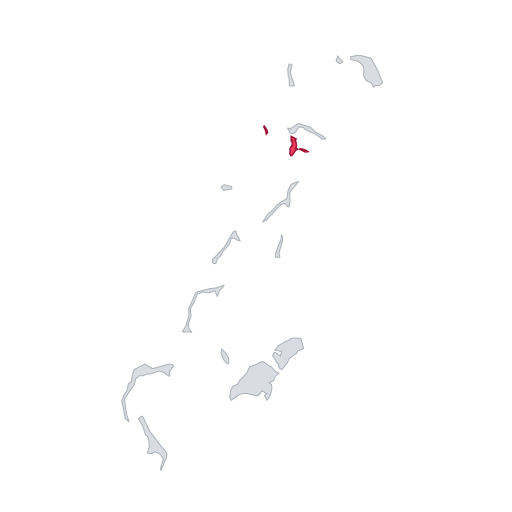 The Bahamas, with Crooked Island and Long Cay highlighted, rotated 250°
{"feature_id": "BHS-5035", "entity_name": "Crooked Island and Long Cay", "entity_type": "District", "adm_level": 1, "iso_a3": "BHS", "parent_name": "The Bahamas", "parent_adm1": "", "projection": "mercator", "projection_center": [-74.169, 22.823], "detail": "fine", "context": "in_parent", "style": "filled", "palette": "rose", "viewbox_px": 512, "rotation_deg": 250, "n_neighbors": 0, "source": "natural_earth", "source_scale": "10m", "svg_char_len": 4172}
<svg xmlns="http://www.w3.org/2000/svg" viewBox="0 0 512 512"><g transform="rotate(250 256 256)"><path d="M154.2,212.3L154.1,219.6L154.7,225.0L154.1,226.9L148.3,230.5L146.8,232.5L141.2,234.5L137.9,237.4L136.2,232.8L132.9,229.9L132.4,225.1L129.9,226.7L126.3,225.7L120.4,222.1L116.7,217.1L121.9,216.2L123.0,219.3L127.1,215.5L126.2,213.5L125.5,213.3L124.1,209.6L130.3,199.8L131.7,193.5L128.8,183.4L131.5,182.7L138.5,186.3L141.6,189.8L141.8,194.6L144.7,198.3L149.0,207.1L154.2,212.3ZM158.9,239.6L159.0,241.0L153.6,244.7L157.5,247.4L161.2,241.6L164.1,246.3L165.7,255.2L165.4,256.7L165.7,258.0L166.3,259.7L166.4,262.2L163.4,269.9L152.7,269.1L152.5,262.6L150.8,261.3L148.3,252.0L145.0,249.0L140.3,241.4L143.0,239.4L146.6,240.1L148.5,239.1L153.5,238.4L156.5,237.4L158.9,239.6ZM410.0,419.4L408.2,423.6L402.5,431.8L389.7,433.8L375.6,434.2L374.5,432.0L374.2,430.0L375.2,427.0L375.1,425.8L374.5,424.5L379.7,423.2L383.1,419.5L388.4,418.8L395.1,421.5L398.7,421.6L404.0,418.6L408.3,412.3L410.8,413.1L410.0,419.4ZM182.3,140.5L181.2,141.1L176.5,135.0L172.7,133.3L178.6,129.0L181.2,125.3L181.1,117.3L182.5,112.9L182.1,109.1L183.4,105.2L181.6,100.8L176.6,97.4L166.8,83.5L151.4,80.2L143.4,80.0L147.8,77.8L151.8,78.1L158.1,79.4L165.6,80.1L170.2,84.1L174.5,89.5L178.5,91.7L180.1,93.1L179.9,94.7L180.6,96.1L185.7,98.6L190.9,102.7L192.5,114.6L185.5,120.3L184.2,137.5L182.3,140.5ZM113.6,90.6L120.2,92.5L123.7,92.3L125.8,91.0L135.5,91.5L143.3,89.7L144.5,93.0L144.3,94.6L127.6,96.2L112.3,100.9L103.9,104.1L100.0,104.5L97.0,102.8L86.9,93.0L89.6,94.0L97.0,99.5L101.7,98.5L106.0,94.9L106.6,92.1L106.0,90.8L107.9,86.5L113.6,90.6ZM213.6,165.6L222.5,172.4L230.1,175.0L238.3,183.4L241.9,186.4L242.5,189.2L241.1,201.7L239.3,209.2L239.6,215.8L237.6,213.8L235.7,209.5L232.5,207.0L231.4,205.7L237.2,205.5L237.7,198.7L240.5,193.3L240.1,187.7L233.3,181.5L228.7,176.1L221.7,174.4L215.1,169.0L211.2,168.3L206.4,169.3L208.1,166.0L209.3,161.8L210.2,161.0L213.6,165.6ZM311.6,319.8L311.3,321.3L304.4,309.5L295.8,306.7L290.9,303.8L291.9,302.2L295.3,301.5L295.9,297.8L294.4,293.7L289.9,285.6L287.4,280.0L286.2,278.7L285.8,274.1L291.2,281.3L293.5,287.7L297.1,293.9L299.5,304.7L306.4,308.4L311.4,313.6L311.6,319.8ZM346.0,359.7L342.2,361.5L343.0,358.5L350.3,353.3L354.4,348.8L356.7,347.2L357.5,345.9L360.7,344.3L362.3,341.4L361.8,339.0L358.5,335.0L358.5,332.3L359.7,330.3L365.3,329.4L363.9,332.4L366.1,340.7L358.6,351.1L352.2,354.3L346.0,359.7ZM286.3,242.6L286.6,245.6L283.0,245.0L277.6,246.1L275.7,246.2L276.9,244.1L280.6,241.3L280.8,238.6L276.2,234.8L270.8,225.2L268.3,223.0L267.1,219.3L262.6,215.5L263.6,213.4L264.5,212.9L267.5,213.9L274.4,227.7L274.9,229.0L286.3,242.6ZM409.2,347.1L412.6,348.0L414.4,347.9L420.6,349.7L424.3,352.1L425.1,353.1L423.2,355.2L417.4,351.2L412.5,350.6L405.5,350.7L402.7,350.0L404.5,345.6L409.2,347.1ZM354.1,329.8L355.3,330.9L351.9,333.3L344.1,330.3L342.3,330.5L340.8,327.4L340.2,325.1L340.6,323.0L345.2,324.7L347.7,327.7L354.1,329.8ZM175.7,194.0L169.6,195.3L165.2,194.0L164.1,193.1L165.9,191.4L170.1,190.0L176.7,189.9L179.6,191.5L179.9,192.2L175.7,194.0ZM266.9,287.0L264.7,287.4L260.6,285.8L251.1,278.6L246.7,278.0L248.2,273.9L251.5,275.3L259.2,281.5L262.1,284.7L266.9,287.0ZM333.9,250.4L329.6,256.8L327.3,256.3L328.6,248.2L331.6,246.9L332.8,247.0L333.9,250.4ZM416.0,401.1L408.8,403.9L408.0,400.6L411.7,397.9L416.0,401.1Z" fill="#d9dde1" stroke="#a8b0b8" stroke-width="1"/><path d="M341.7,329.3L338.1,324.0L338.3,323.8L338.4,323.6L338.5,323.4L338.5,323.2L339.1,323.2L340.0,322.9L340.4,322.8L341.0,323.0L342.6,324.0L343.1,324.2L344.3,324.3L344.8,324.4L346.3,325.7L346.5,326.2L346.6,327.2L346.7,327.6L346.9,327.7L347.6,327.6L347.8,327.6L347.9,327.8L348.1,328.5L349.2,328.8L351.2,329.0L352.3,329.3L351.9,328.5L353.1,328.8L356.3,330.0L352.3,333.7L352.1,333.2L351.5,332.9L351.6,331.9L350.6,332.1L349.2,332.5L345.2,331.5L344.6,331.0L343.7,330.0L343.4,330.7L342.8,331.3L342.1,331.6L341.8,331.5L342.1,330.2L342.1,329.6L341.7,329.3ZM341.8,332.9L341.5,334.5L340.0,337.0L338.0,339.3L336.3,340.5L336.8,338.0L338.4,336.3L340.3,334.8L341.8,332.9ZM375.3,308.3L370.5,309.3L368.2,309.2L367.1,307.4L371.2,307.9L374.3,307.5L375.3,307.9L375.3,308.3Z" fill="#f43f5e" stroke="#9f1239" stroke-width="1.5"/></g></svg>